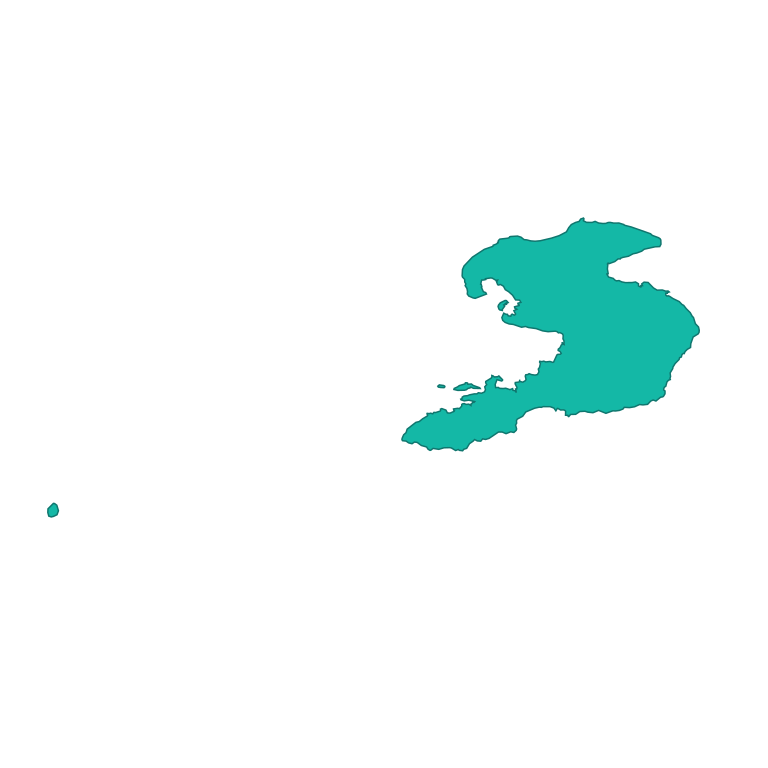 the district of Kota Sabang, Aceh, Indonesia, rotated 286°
{"feature_id": "22746128B78398648082643", "entity_name": "Kota Sabang", "entity_type": "district", "adm_level": 2, "iso_a3": "IDN", "parent_name": "Indonesia", "parent_adm1": "Aceh", "projection": "robinson", "projection_center": [95.289, 5.924], "detail": "fine", "context": "isolated", "style": "filled", "palette": "teal", "viewbox_px": 768, "rotation_deg": 286, "n_neighbors": 0, "source": "geoboundaries", "source_scale": "gbopen_adm2", "svg_char_len": 6171}
<svg xmlns="http://www.w3.org/2000/svg" viewBox="0 0 768 768"><g transform="rotate(286 384 384)"><path d="M476.5,500.6L478.3,504.2L478.1,507.3L479.2,515.0L478.8,521.8L479.5,527.3L482.0,534.1L482.0,536.1L481.2,537.5L481.9,539.1L481.3,541.9L480.0,542.9L476.7,543.6L475.3,545.0L473.4,545.7L472.3,545.5L472.3,544.5L472.8,544.2L472.5,543.8L471.9,544.2L472.0,546.1L471.6,546.3L471.7,545.0L470.4,543.7L467.4,543.2L465.5,541.9L464.2,542.2L463.8,544.3L462.3,545.9L461.2,545.3L460.4,542.9L459.6,542.2L451.8,541.0L451.3,540.3L451.4,537.3L449.8,533.4L450.0,531.3L449.0,529.5L448.8,527.5L448.0,527.5L446.7,528.7L442.8,528.9L440.9,528.2L438.4,529.6L435.4,528.9L434.2,526.8L433.7,523.2L433.9,520.6L432.8,519.7L431.9,517.7L430.5,517.6L427.5,519.3L426.1,518.9L424.0,516.9L423.9,513.7L424.9,513.4L424.7,512.8L424.8,513.3L423.8,513.6L423.1,513.2L421.6,509.8L420.3,510.0L417.3,512.8L415.9,512.9L415.5,511.9L412.2,513.6L413.6,512.1L413.5,509.7L415.0,508.9L413.3,506.6L413.5,502.2L412.5,499.8L411.7,496.3L412.2,494.8L411.3,492.3L414.2,491.0L419.3,491.4L419.3,496.2L420.0,496.9L420.8,496.8L423.4,492.2L422.3,491.2L421.2,488.2L421.9,486.5L421.9,485.3L420.6,485.8L419.2,485.4L414.5,481.1L413.2,481.4L411.7,482.9L409.1,481.6L406.5,483.1L404.1,482.8L402.0,480.3L401.6,477.1L400.1,476.0L399.4,473.5L397.1,469.1L395.9,467.7L394.5,464.2L392.9,462.8L391.4,463.0L390.6,461.9L390.0,462.4L389.9,465.8L391.8,470.0L392.1,476.1L391.2,475.7L390.8,474.3L389.1,473.7L388.7,473.1L387.3,473.5L388.0,471.1L387.0,468.5L387.3,466.5L386.5,464.9L385.8,464.4L384.2,464.8L381.2,463.3L380.9,461.4L379.2,457.7L378.1,458.2L377.8,459.1L377.1,459.0L374.2,455.5L373.7,452.9L376.0,450.7L376.3,446.3L375.4,445.2L374.2,445.7L373.4,445.4L370.8,441.5L370.5,439.8L368.8,439.1L368.8,436.9L368.0,435.6L367.7,433.6L367.2,433.5L365.9,434.6L365.1,434.4L361.3,430.8L357.6,428.2L355.9,425.2L347.0,418.7L343.3,418.6L340.6,416.9L336.8,416.4L335.4,416.6L334.6,417.4L335.2,421.0L334.2,423.8L334.3,427.4L336.6,429.3L337.0,432.0L335.2,436.8L335.2,442.3L333.4,444.4L332.9,446.5L333.2,447.2L335.6,448.9L336.3,454.7L339.2,459.2L340.9,464.6L341.1,466.3L339.8,471.2L341.5,473.4L341.0,474.7L341.5,478.0L343.3,478.7L344.9,481.2L350.2,482.6L353.6,485.4L355.6,486.4L355.0,489.3L355.7,492.8L358.4,493.9L358.7,496.9L360.7,500.0L369.4,507.3L370.4,510.9L369.9,515.0L373.0,519.0L373.2,522.2L375.8,523.8L377.3,523.9L380.8,521.8L382.9,522.3L385.3,521.4L387.0,521.8L391.2,526.2L396.2,528.0L402.2,535.4L404.5,539.6L405.0,541.8L406.1,543.2L408.0,550.0L407.7,554.0L405.6,556.6L408.2,557.3L408.5,557.8L407.7,560.9L408.6,563.8L408.5,565.1L407.9,566.1L404.0,567.1L404.5,569.3L403.6,570.1L403.6,570.6L406.2,571.8L407.7,576.6L411.5,579.8L413.2,584.7L413.1,587.6L414.0,592.8L417.8,597.6L417.0,605.4L421.3,611.4L421.9,614.0L423.5,617.6L425.8,620.6L427.8,621.4L429.0,626.6L431.2,631.2L434.7,635.3L435.3,638.7L437.1,643.0L441.1,645.1L442.8,647.1L442.6,650.1L447.5,653.5L448.5,655.5L449.4,656.1L452.0,656.8L454.3,656.2L454.9,655.9L455.3,654.5L456.6,654.2L458.2,654.4L459.5,655.5L463.9,655.4L466.0,656.4L467.2,658.0L468.2,657.3L470.1,657.4L473.5,656.0L478.3,657.3L479.9,657.1L483.9,658.2L488.9,660.9L490.8,660.9L491.9,662.4L494.5,662.3L496.0,663.4L496.0,664.2L498.2,664.5L500.9,666.0L503.6,668.6L507.3,667.8L514.4,668.2L518.8,672.2L520.6,672.6L522.6,672.2L525.5,670.6L527.8,666.7L533.3,663.1L534.0,661.7L537.0,658.7L539.7,653.8L542.2,650.4L542.6,648.5L544.6,645.1L545.8,638.2L547.0,634.4L547.1,632.8L546.5,631.8L547.2,630.3L548.9,629.8L549.3,631.3L549.9,631.1L551.1,632.8L551.7,631.4L550.9,629.3L551.1,625.7L549.5,620.7L550.6,616.6L554.4,609.9L553.6,605.9L551.3,604.2L549.9,605.3L549.6,603.9L548.9,603.6L548.4,604.4L548.0,603.9L548.4,601.6L550.5,601.0L551.4,597.7L549.9,594.5L548.0,588.1L547.7,584.4L548.2,581.4L547.2,579.0L547.6,577.1L548.7,575.3L548.7,570.4L550.9,568.1L551.4,568.0L551.8,569.1L556.2,567.0L560.7,566.2L560.9,565.7L562.0,566.1L561.8,567.3L565.3,572.1L568.8,574.6L569.4,576.7L570.1,576.8L571.5,578.6L574.2,583.8L577.8,587.5L579.6,590.9L582.7,595.1L585.3,597.0L590.6,606.8L592.1,611.2L594.7,611.7L598.7,610.4L599.7,609.4L600.3,607.7L600.8,601.0L601.9,598.8L603.1,578.4L602.9,571.2L603.4,570.7L603.5,565.5L602.0,560.5L601.7,556.9L601.0,554.9L599.5,552.9L598.6,550.1L597.9,545.9L598.5,542.1L596.7,539.6L595.2,534.1L595.9,530.7L597.9,530.7L598.5,530.0L596.8,527.6L594.0,526.7L592.1,523.6L588.9,520.1L585.2,518.5L580.5,517.4L574.9,511.5L570.4,504.8L564.7,494.6L562.9,489.9L562.0,485.6L561.9,481.6L561.4,478.8L562.9,475.3L563.0,471.6L560.7,465.1L560.1,464.2L559.1,464.0L558.2,462.6L555.2,455.4L553.4,454.4L552.2,454.8L551.6,454.2L551.1,454.7L549.4,453.3L547.5,450.7L546.3,450.7L541.1,443.3L530.3,434.0L519.5,428.4L515.6,427.9L509.5,429.3L508.4,430.0L506.8,432.7L504.3,433.5L502.7,435.1L500.9,434.9L498.7,437.4L495.9,438.8L493.5,439.2L491.9,441.2L491.3,445.9L491.5,448.1L498.7,457.7L499.9,456.6L500.1,454.1L503.9,450.9L504.4,451.3L506.6,450.0L506.6,449.4L510.8,449.2L511.5,451.3L512.5,453.0L513.2,452.5L515.4,457.4L515.6,458.9L514.5,463.1L515.2,464.6L514.2,464.4L513.7,463.7L510.8,465.9L510.7,466.8L511.8,468.7L510.9,471.9L508.1,474.6L507.1,478.3L504.8,483.1L501.1,487.3L502.0,491.2L500.2,493.1L498.6,490.5L497.8,490.7L497.2,492.2L496.7,492.3L494.2,488.2L493.1,488.7L492.5,491.1L490.3,488.6L487.5,491.2L486.9,491.0L486.1,490.3L486.5,487.9L485.4,487.2L484.1,487.2L483.8,484.5L485.0,483.5L484.6,481.9L485.1,479.6L480.3,479.0L477.9,480.6L476.6,483.4L476.2,487.7L476.9,491.8L476.5,500.6ZM172.4,106.0L177.3,102.9L178.3,100.3L178.1,99.1L171.4,95.4L167.7,96.3L164.6,98.2L164.5,100.8L165.7,102.9L168.2,105.7L172.4,106.0ZM406.4,461.8L403.2,456.8L401.5,455.5L399.1,452.7L398.0,452.7L398.2,456.7L400.2,463.1L401.3,464.9L402.8,465.8L404.0,467.9L404.9,468.3L404.5,471.2L406.2,477.7L406.8,477.0L407.2,470.2L408.1,468.0L406.9,464.7L408.0,464.0L407.9,462.7L407.6,461.9L406.4,461.8ZM491.4,472.3L489.9,472.3L487.7,473.8L487.1,474.9L487.3,477.5L488.4,477.2L491.9,478.5L493.0,477.4L493.4,478.5L494.6,478.3L495.1,478.8L494.4,478.9L494.4,479.8L495.7,479.9L496.5,480.9L497.9,478.7L497.7,477.4L494.1,473.4L491.4,472.3ZM398.1,443.3L398.7,442.9L399.0,441.8L398.4,437.4L396.7,436.3L396.0,437.1L396.2,439.2L397.0,442.7L398.1,443.3Z" fill="#14b8a6" stroke="#0f766e" stroke-width="1.5"/></g></svg>